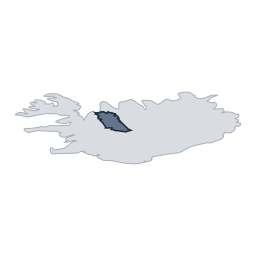 Húnavatnshreppur, Norðurland vestra, Iceland shown in context
{"feature_id": "244011B27584551294957", "entity_name": "Húnavatnshreppur", "entity_type": "district", "adm_level": 2, "iso_a3": "ISL", "parent_name": "Iceland", "parent_adm1": "Norðurland vestra", "projection": "equal_earth", "projection_center": [-19.834, 65.207], "detail": "fine", "context": "in_parent", "style": "filled", "palette": "slate", "viewbox_px": 256, "rotation_deg": 0, "n_neighbors": 0, "source": "geoboundaries", "source_scale": "gbopen_adm2", "svg_char_len": 6343}
<svg xmlns="http://www.w3.org/2000/svg" viewBox="0 0 256 256"><path d="M198.6,98.6L200.9,98.7L204.7,98.0L210.2,95.7L212.5,95.2L217.8,95.2L211.4,97.4L209.1,99.8L207.4,100.9L207.4,101.4L212.1,102.9L214.2,102.4L215.2,102.6L216.1,103.3L216.7,104.6L216.4,106.0L215.2,107.5L213.5,108.7L213.7,109.0L215.2,109.2L222.6,108.5L223.6,110.3L224.3,110.8L224.1,111.4L221.2,113.3L224.7,112.1L227.4,111.8L232.2,112.4L234.2,113.1L235.4,114.3L237.8,113.9L238.9,114.6L239.0,115.3L238.0,117.3L235.2,118.3L237.0,119.8L238.5,119.8L238.7,120.1L238.6,121.0L236.5,122.0L240.2,123.2L240.6,123.6L240.5,124.9L239.9,125.6L238.9,126.1L236.3,126.1L234.7,126.6L235.3,127.4L234.9,129.6L233.0,131.4L231.1,132.4L229.2,133.0L224.0,132.3L224.3,133.9L222.5,134.9L222.9,135.7L223.5,136.1L223.3,137.1L221.0,139.3L219.3,140.0L216.0,140.8L211.3,142.8L206.4,142.8L194.5,145.6L189.8,147.1L181.4,151.7L177.8,152.9L171.7,153.5L153.3,156.6L151.2,158.4L151.1,158.8L152.0,159.5L150.6,160.8L147.8,161.7L146.5,161.7L144.2,160.9L143.9,161.3L144.8,162.3L135.8,163.9L123.2,163.0L112.1,160.8L103.3,160.3L97.1,157.2L96.9,156.7L97.6,155.7L99.8,155.3L98.8,154.4L95.0,156.0L93.8,156.0L92.2,155.3L92.1,154.7L89.0,154.4L83.6,152.4L83.2,152.0L84.5,151.3L84.3,151.2L81.3,151.3L77.1,153.1L51.9,153.8L51.0,152.9L50.1,149.3L51.0,147.8L52.0,147.9L54.9,150.0L61.7,148.8L64.5,148.1L67.0,146.1L68.5,145.5L70.6,143.1L72.7,141.6L77.0,140.8L73.2,140.4L66.8,142.4L64.6,142.4L65.6,141.5L67.8,140.6L66.3,140.5L65.8,140.0L65.7,139.1L66.9,137.7L74.4,135.1L72.7,134.6L67.4,136.6L63.6,137.3L60.6,136.3L59.1,135.1L59.3,134.6L61.1,133.0L60.8,132.7L59.6,132.6L56.3,131.2L51.0,131.3L38.1,130.5L28.2,132.5L25.9,131.6L24.0,129.6L24.4,128.8L26.2,128.4L31.0,128.4L38.0,127.5L41.3,126.4L42.5,126.7L43.1,127.2L47.5,126.4L49.8,125.4L53.7,125.8L68.3,125.3L70.3,124.0L71.0,122.5L70.7,122.1L65.3,123.6L64.1,123.5L57.9,122.8L55.7,121.9L56.4,121.2L59.7,119.8L68.2,117.3L69.4,116.8L69.5,116.2L66.2,115.2L59.9,115.4L58.3,114.2L53.1,113.5L49.6,113.9L47.8,113.2L27.1,117.1L20.5,115.3L15.8,115.0L15.4,114.4L18.2,112.7L20.1,112.4L22.0,112.6L25.6,113.8L28.1,114.1L25.0,112.4L24.9,110.7L24.0,110.3L23.1,109.1L23.5,108.8L27.2,109.0L33.2,110.9L36.2,110.6L40.0,109.4L31.4,108.7L28.9,107.1L30.8,106.3L35.2,106.4L30.4,103.8L30.2,103.3L31.0,102.2L37.2,103.2L34.0,101.7L33.9,101.3L34.8,101.0L35.4,100.1L36.9,99.7L40.0,100.0L44.8,101.8L45.5,102.3L45.7,104.1L47.6,103.9L49.8,104.1L51.8,102.9L53.0,103.2L54.0,104.3L53.8,106.7L55.2,105.9L57.4,105.8L57.9,103.8L57.5,102.2L50.1,100.3L47.3,99.0L47.6,98.5L49.1,98.1L56.8,97.8L53.5,97.0L52.7,96.2L46.9,96.5L43.9,96.2L43.9,95.8L45.0,95.2L48.6,93.9L55.4,93.8L58.1,94.2L63.2,96.9L67.3,98.0L74.3,101.7L78.7,103.2L78.9,103.5L78.2,104.0L76.4,104.5L79.1,105.1L80.7,106.1L80.8,106.5L79.3,109.5L77.6,110.5L73.4,110.0L74.4,110.9L77.3,111.9L78.0,112.5L77.6,113.1L79.0,112.9L79.4,113.2L78.7,115.0L78.0,115.6L80.5,115.9L82.1,116.8L84.2,120.3L85.3,117.6L85.9,116.6L86.9,116.3L88.2,113.5L91.0,111.9L93.5,111.3L96.2,113.2L98.1,113.4L100.2,110.1L100.4,107.6L99.8,104.9L100.2,103.0L101.5,101.9L103.3,101.5L107.0,102.6L110.1,105.3L114.7,108.2L118.0,108.9L118.6,108.9L119.1,107.9L118.6,104.1L120.1,102.0L124.0,101.6L129.8,99.7L131.1,99.6L134.0,100.7L139.2,104.5L142.8,106.3L144.8,109.2L145.7,109.7L146.4,108.8L146.5,107.5L142.0,101.7L141.9,100.9L142.3,100.2L150.3,100.5L152.1,101.2L157.7,104.5L160.4,103.2L165.7,99.2L167.6,99.3L172.2,100.9L174.0,100.8L179.4,99.4L180.5,97.5L178.0,93.8L179.0,93.0L183.9,92.1L189.3,92.3L195.0,95.8L195.3,97.4L198.6,98.6Z" fill="#d9dde1" stroke="#a8b0b8" stroke-width="1"/><path d="M111.2,129.5L113.3,129.5L113.8,130.2L116.4,130.7L118.1,130.7L120.8,131.2L124.3,131.6L125.4,131.9L130.9,130.3L127.7,128.8L127.7,128.7L127.4,128.5L127.3,128.4L127.3,128.2L127.2,128.2L125.4,126.4L121.5,122.5L121.2,122.5L121.0,122.4L120.9,122.4L120.7,122.2L120.8,122.2L120.7,122.2L120.4,122.0L120.5,122.0L120.4,122.0L120.4,121.9L120.3,121.7L120.2,121.7L120.1,121.4L119.9,121.3L119.8,121.2L120.0,121.1L119.9,121.1L120.0,121.1L119.9,121.0L119.9,120.9L119.7,120.8L119.5,120.7L119.7,120.4L119.4,120.2L119.2,120.1L119.0,119.9L118.9,119.8L118.8,119.7L118.7,119.7L118.4,119.5L118.3,119.4L118.1,119.3L118.0,119.2L117.9,119.1L117.7,118.9L117.6,118.7L117.8,118.6L118.2,118.7L118.6,118.8L118.8,118.8L119.0,118.7L118.6,117.7L118.4,117.6L118.1,117.3L118.2,117.0L118.1,116.8L118.0,116.6L117.8,116.5L117.5,116.0L116.9,115.8L116.6,115.8L116.2,115.8L116.0,115.7L115.4,115.9L115.2,115.9L114.6,115.7L114.3,115.6L114.2,115.6L114.3,115.4L114.4,115.0L114.3,114.9L114.4,114.7L114.5,114.7L114.8,114.7L115.4,114.6L115.6,114.5L115.7,114.4L115.4,114.2L115.1,114.1L115.2,113.8L114.9,113.8L114.7,113.8L114.6,113.7L114.1,113.6L113.8,113.5L113.6,113.5L113.5,113.4L113.4,113.4L113.2,113.4L113.0,113.2L112.8,113.1L112.6,113.1L112.1,112.9L111.7,112.9L111.3,112.9L110.9,112.9L110.9,112.7L110.6,112.6L110.4,112.6L110.0,112.6L109.4,112.6L109.1,112.5L108.8,112.3L108.6,112.3L108.4,112.3L108.4,112.2L108.2,112.1L107.9,112.0L107.9,111.9L107.7,112.0L107.3,112.1L107.2,112.2L107.4,112.3L107.6,112.5L107.8,112.5L107.7,112.5L107.4,112.7L107.2,112.8L107.0,113.2L106.9,113.2L106.8,113.3L106.7,113.3L106.6,113.2L106.4,113.2L106.0,113.1L105.9,113.0L105.6,113.0L105.5,112.9L105.2,112.8L105.1,112.7L104.9,112.5L104.6,112.5L104.4,112.4L104.3,112.2L104.1,112.0L104.1,111.9L103.8,111.7L103.3,111.9L102.8,111.9L102.3,111.9L101.1,111.6L100.9,111.9L100.9,112.0L100.7,112.2L100.5,112.3L99.8,112.5L99.3,112.6L98.3,112.7L97.1,112.9L96.2,112.9L95.8,112.9L95.7,112.9L95.2,112.8L95.3,112.9L95.6,112.9L95.6,113.0L95.8,113.0L96.0,113.1L95.9,113.2L96.0,113.3L95.9,113.3L96.0,113.5L95.9,113.6L95.9,113.9L95.9,114.0L95.7,114.1L96.0,114.2L96.1,114.3L96.8,114.5L97.0,114.6L97.1,114.8L97.9,115.0L98.0,115.1L97.9,115.1L98.0,115.2L98.2,115.3L98.3,115.3L98.4,115.5L98.4,115.4L98.5,115.5L98.7,115.8L98.8,115.9L98.8,116.0L99.0,116.2L99.0,116.3L98.9,116.3L99.0,116.3L99.0,116.5L98.8,116.6L98.6,116.6L98.3,116.7L98.2,116.8L97.9,117.0L97.8,117.3L97.9,117.6L98.0,117.7L98.1,117.9L98.0,118.0L98.1,118.3L98.1,118.5L98.3,118.7L98.5,118.8L99.1,119.0L99.8,119.1L100.1,119.2L100.4,119.1L100.7,119.0L100.8,119.0L101.0,119.2L101.0,119.3L100.9,119.3L100.9,119.5L101.0,119.5L100.9,119.8L101.0,119.8L100.9,119.9L101.0,119.9L100.9,120.0L100.1,120.4L100.1,120.5L100.3,120.7L102.3,122.3L104.0,124.7L105.2,126.4L105.6,127.0L105.3,127.9L111.8,127.9L111.2,129.5Z" fill="#64748b" stroke="#1e293b" stroke-width="1.5"/></svg>